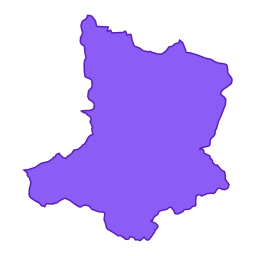 Taut, Arad, Romania (Mercator projection)
{"feature_id": "2599482B85287351729722", "entity_name": "Taut", "entity_type": "district", "adm_level": 2, "iso_a3": "ROU", "parent_name": "Romania", "parent_adm1": "Arad", "projection": "mercator", "projection_center": [21.939, 46.235], "detail": "fine", "context": "isolated", "style": "filled", "palette": "violet", "viewbox_px": 256, "rotation_deg": 0, "n_neighbors": 0, "source": "geoboundaries", "source_scale": "gbopen_adm2", "svg_char_len": 4345}
<svg xmlns="http://www.w3.org/2000/svg" viewBox="0 0 256 256"><path d="M229.1,184.7L225.3,179.2L225.4,175.8L224.5,171.7L221.3,169.9L217.1,165.0L215.1,165.2L212.4,161.9L212.3,160.4L211.4,159.0L210.2,158.4L209.9,157.9L210.1,156.7L209.7,155.8L207.7,154.9L204.2,153.3L203.9,151.8L203.6,150.3L203.0,149.5L202.4,149.2L201.4,148.9L200.6,149.4L200.0,149.5L199.7,149.0L200.3,148.3L201.9,147.6L203.8,147.2L208.8,146.0L209.9,144.9L210.1,141.7L210.6,139.0L214.3,135.5L215.1,133.2L215.2,130.3L216.4,129.0L217.0,126.7L218.5,121.3L221.3,115.1L222.2,112.8L225.2,105.1L225.6,102.4L225.7,99.1L225.4,98.7L224.4,97.3L221.6,95.0L220.4,93.8L221.4,91.8L222.4,90.0L223.4,89.6L223.9,88.9L226.1,87.6L231.2,83.7L231.8,82.0L232.0,80.0L231.8,78.7L230.9,77.1L229.7,75.5L228.2,73.7L227.6,71.4L227.7,69.5L227.1,66.2L227.0,65.4L226.1,64.4L222.3,63.5L219.3,63.3L215.4,62.0L213.0,60.4L211.1,59.4L210.0,59.0L208.0,58.8L204.4,57.8L201.5,56.6L196.9,54.8L190.0,52.8L186.2,52.5L185.5,49.9L184.1,46.3L183.1,43.7L182.2,42.1L179.6,40.2L179.1,42.1L178.4,43.0L176.6,43.3L175.3,43.6L172.2,46.4L169.3,46.7L168.6,47.3L167.2,49.5L165.6,51.3L162.4,53.7L160.8,54.1L160.0,54.0L159.2,54.1L156.8,53.9L155.0,53.2L153.0,52.5L152.0,52.5L151.0,51.8L150.1,51.3L149.5,51.5L148.2,51.8L147.2,51.5L145.1,51.2L142.6,50.4L140.4,48.6L138.4,47.5L137.3,47.2L134.3,46.1L133.9,45.1L133.6,44.3L133.0,42.7L132.8,41.8L132.5,41.5L132.2,40.4L131.1,35.0L130.2,34.2L128.6,34.6L126.9,35.1L126.1,32.2L125.9,32.0L125.1,31.1L123.3,32.4L116.7,32.7L111.8,32.9L110.7,30.2L107.4,31.3L108.2,27.0L96.7,26.4L95.5,21.1L94.7,19.9L92.0,16.3L89.8,15.5L87.5,15.4L86.8,17.8L85.9,18.9L84.7,19.9L84.1,19.9L82.3,21.5L81.3,24.1L81.0,25.9L81.8,30.0L82.6,32.2L82.3,33.7L81.8,35.6L80.5,37.3L80.5,40.2L80.1,41.1L80.8,43.0L81.5,44.2L83.0,45.2L83.6,45.5L84.2,45.8L85.2,53.9L86.0,57.8L84.6,60.6L84.1,63.9L84.4,72.2L85.0,76.2L85.3,76.7L85.6,77.1L90.1,78.9L91.7,80.3L92.2,85.8L91.5,87.8L89.5,89.8L88.5,91.1L87.8,96.5L89.2,99.6L91.8,101.0L93.8,103.2L94.2,104.3L94.0,108.1L91.9,110.0L88.0,110.6L85.6,110.5L82.0,110.9L81.4,111.1L82.3,111.8L83.4,112.3L83.9,112.8L84.9,112.9L85.7,112.9L86.5,113.4L86.6,114.1L87.1,114.6L88.3,115.4L89.7,116.4L90.4,117.1L90.8,118.2L91.3,119.8L90.2,121.0L90.2,122.4L91.0,123.4L91.8,125.9L92.5,127.1L92.1,128.1L91.8,128.9L92.1,130.4L92.2,131.5L92.9,134.0L92.4,134.6L91.9,134.7L91.5,135.2L90.7,135.3L89.8,135.8L88.9,136.6L87.9,138.1L87.0,139.4L86.8,140.5L85.7,142.1L85.4,143.0L84.4,144.1L83.1,144.6L82.4,145.7L80.6,147.3L78.3,149.2L75.7,149.8L73.7,150.2L72.6,152.2L71.4,153.8L70.2,154.7L67.4,156.4L66.2,158.4L65.5,158.2L62.5,157.3L61.6,156.0L60.4,155.1L59.1,153.3L56.3,154.5L55.1,157.0L53.6,157.2L52.9,158.6L48.3,161.6L41.3,163.3L34.9,167.5L28.2,169.6L26.5,169.8L24.0,170.1L26.3,172.0L27.2,172.8L27.4,175.6L29.4,177.9L30.8,181.9L30.6,184.5L29.3,189.1L29.1,194.4L29.6,196.4L30.5,197.6L34.8,200.6L39.8,203.4L41.4,205.6L44.8,206.6L45.8,204.5L46.9,203.5L48.8,203.9L52.7,204.0L54.8,203.3L57.0,202.8L58.9,201.3L61.4,199.8L64.7,198.3L65.5,198.4L70.2,200.6L75.0,204.3L79.1,206.8L81.0,206.9L83.2,205.4L84.9,205.2L88.0,205.6L89.4,206.4L92.1,209.5L93.9,210.0L95.1,210.4L97.1,211.1L99.1,211.9L102.0,211.9L104.7,212.7L104.7,213.9L104.6,215.6L104.3,217.7L104.1,219.9L105.1,222.1L105.9,225.2L106.5,227.7L107.4,229.0L109.8,230.4L114.0,233.0L118.4,235.9L119.4,235.6L120.5,235.7L121.4,236.0L121.9,236.3L122.4,237.0L124.0,237.3L124.1,237.9L125.3,239.1L126.5,239.3L127.9,239.3L128.9,238.7L129.7,237.1L130.9,237.0L132.3,236.9L133.7,237.7L135.1,239.4L135.5,239.9L136.1,239.8L137.1,239.7L137.9,239.8L140.0,240.6L144.2,237.3L145.7,239.1L146.6,239.8L147.3,240.1L148.8,239.7L149.7,238.9L154.4,232.3L155.2,230.3L157.5,227.6L158.0,225.8L157.5,225.1L155.3,223.1L153.2,222.4L151.0,221.0L151.3,220.4L152.5,220.3L153.9,217.3L154.6,216.6L157.9,214.2L158.6,212.4L159.1,211.5L159.7,211.0L162.7,210.2L166.5,209.4L169.7,207.2L171.9,207.8L172.2,208.8L173.2,209.9L173.6,210.3L173.9,210.7L174.7,213.3L175.7,213.8L177.8,214.0L178.5,213.7L182.3,211.9L183.0,211.4L184.1,209.8L184.8,209.6L189.6,209.0L191.0,208.1L192.1,206.8L192.6,206.5L195.6,205.7L195.9,205.0L195.6,201.3L196.2,196.6L196.3,196.0L197.0,195.4L199.7,194.6L200.3,195.0L201.5,196.0L208.0,193.3L209.7,193.5L212.0,193.1L213.7,193.5L215.0,192.5L216.6,189.9L217.4,188.9L218.2,188.4L219.6,188.2L220.5,188.4L222.1,189.4L224.8,189.7L227.8,188.2L229.1,184.7Z" fill="#8b5cf6" stroke="#5b21b6" stroke-width="1.5"/></svg>